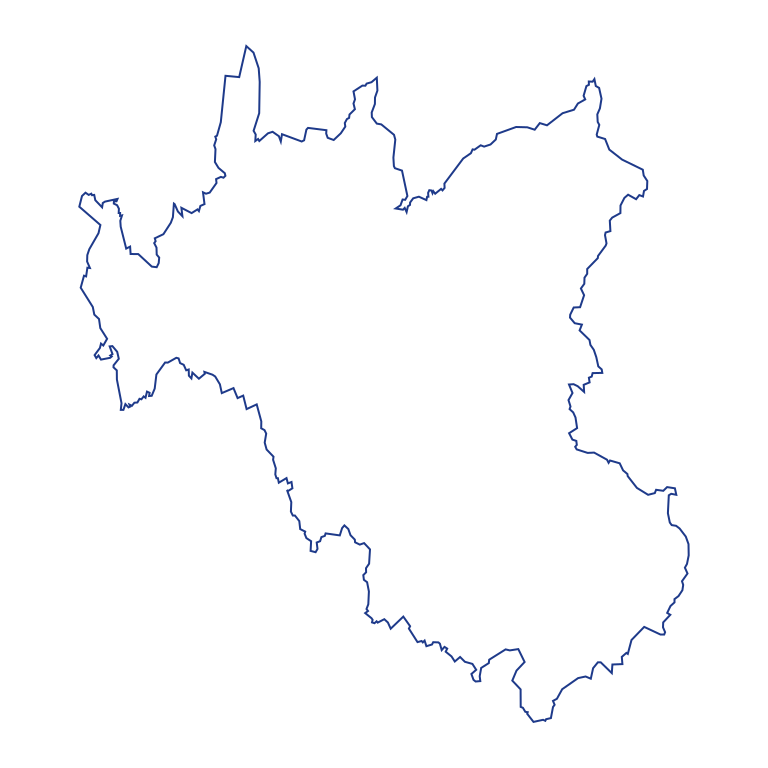 Zacatlán, Puebla, Mexico
{"feature_id": "50627088B88871832533986", "entity_name": "Zacatlán", "entity_type": "district", "adm_level": 2, "iso_a3": "MEX", "parent_name": "Mexico", "parent_adm1": "Puebla", "projection": "equal_earth", "projection_center": [-98.008, 19.961], "detail": "fine", "context": "isolated", "style": "outline", "palette": "blue", "viewbox_px": 768, "rotation_deg": 0, "n_neighbors": 0, "source": "geoboundaries", "source_scale": "gbopen_adm2", "svg_char_len": 6065}
<svg xmlns="http://www.w3.org/2000/svg" viewBox="0 0 768 768"><path d="M94.6,355.1L96.3,358.1L98.5,355.5L101.0,359.6L110.2,357.8L111.7,356.5L110.3,355.5L112.5,354.1L109.7,346.4L112.4,346.1L117.2,351.8L118.8,358.8L113.6,365.3L113.5,367.3L116.8,370.4L116.9,379.5L121.5,403.2L120.8,409.9L123.4,409.9L125.4,404.1L128.5,407.4L130.2,406.6L129.5,404.6L131.9,405.8L134.4,402.7L137.4,402.5L139.5,398.8L141.4,399.3L143.7,396.4L145.5,397.8L147.0,391.6L149.6,392.8L149.1,396.0L151.7,395.8L154.7,388.6L156.4,374.5L165.1,362.5L167.8,362.6L176.3,357.8L178.6,358.4L180.1,363.1L183.7,364.8L186.2,370.3L188.7,369.5L188.9,375.7L191.4,378.4L192.4,372.6L198.9,378.7L204.8,373.8L204.4,371.9L212.5,374.7L215.2,376.5L219.9,384.3L221.8,393.1L233.5,388.1L237.6,398.1L243.2,395.6L246.6,409.1L256.7,404.4L261.3,421.4L261.2,428.3L264.5,430.1L266.2,433.6L264.7,442.6L266.6,449.5L273.5,456.7L273.1,459.8L275.8,468.3L275.3,474.4L276.5,478.2L277.9,478.2L278.8,482.7L286.5,478.1L287.9,483.4L291.5,482.0L292.4,488.3L288.1,491.0L287.0,490.0L291.3,502.1L290.9,511.6L292.8,515.5L294.9,515.5L299.3,521.1L300.2,529.1L305.2,531.6L304.6,533.7L306.4,538.1L311.1,541.2L310.6,550.9L315.6,552.2L317.5,548.9L316.7,542.5L320.1,541.2L321.4,537.1L324.8,535.9L325.6,533.4L339.8,535.4L342.1,528.1L344.4,525.4L348.3,529.0L350.5,535.2L354.8,539.6L355.1,542.3L359.8,544.6L364.1,543.1L370.0,549.4L369.1,563.7L366.0,568.2L366.1,572.3L363.3,575.1L363.9,579.8L367.1,582.2L368.9,591.5L368.3,604.3L366.5,609.0L368.0,611.0L365.2,613.1L371.5,618.2L372.6,619.8L372.0,622.4L374.5,623.2L376.6,621.3L377.7,622.6L384.3,619.2L387.9,622.5L390.7,628.7L403.3,616.6L410.1,626.2L408.9,628.6L417.5,642.1L421.6,641.0L422.8,642.4L424.6,640.6L426.4,646.2L432.0,644.5L433.2,642.2L438.4,642.4L439.9,643.7L441.7,650.1L444.5,646.9L447.2,648.6L445.7,651.7L451.5,656.4L454.8,661.5L460.1,657.0L464.9,661.8L472.4,663.9L476.2,669.8L471.4,674.0L473.5,679.8L475.6,681.5L480.3,681.1L479.7,676.2L481.2,667.9L488.8,663.1L489.2,659.7L505.6,649.4L509.8,650.4L518.3,649.1L524.6,662.0L516.5,670.6L512.3,680.6L520.6,689.4L520.7,706.9L522.9,707.8L525.3,711.8L527.7,712.2L527.2,713.8L533.5,721.9L543.1,719.8L545.3,720.8L546.1,719.2L550.9,718.1L553.0,707.0L554.6,704.8L553.0,700.9L556.9,698.8L562.2,689.2L578.1,678.1L585.6,676.5L590.8,678.7L593.1,668.2L597.9,662.3L600.7,662.3L611.8,673.1L612.4,664.5L622.4,664.1L621.8,656.9L626.4,652.9L627.8,653.9L631.5,640.0L644.2,626.9L660.4,634.5L664.2,634.5L665.1,632.2L663.0,627.3L663.2,622.4L670.3,614.8L667.2,612.9L670.5,606.0L674.5,602.4L674.5,599.1L678.5,596.1L682.4,590.2L683.2,584.9L682.0,581.2L687.5,573.5L684.9,567.7L687.0,563.9L688.7,555.4L688.5,544.1L685.8,536.6L679.6,528.5L676.1,525.8L671.7,525.1L669.8,522.5L667.9,513.2L668.8,495.3L671.2,493.8L676.3,494.8L674.9,488.3L667.1,487.1L663.3,490.8L656.1,489.8L654.8,493.1L648.1,494.8L636.9,487.9L627.7,476.1L627.4,474.0L623.1,470.4L619.7,463.3L610.0,460.5L608.6,462.8L607.0,459.7L594.1,452.6L587.6,452.9L576.7,449.4L575.2,446.8L576.8,444.9L576.3,440.9L572.4,439.6L569.1,433.2L577.1,428.1L575.5,417.5L573.2,412.4L569.6,409.1L570.5,406.5L568.5,400.1L572.5,393.0L569.0,384.5L573.6,384.2L577.7,386.2L584.1,391.9L583.7,384.8L589.6,382.4L588.9,377.7L591.7,376.6L592.6,373.1L602.3,372.9L601.7,369.4L598.3,366.4L596.3,357.2L593.8,349.8L590.4,344.9L589.5,340.0L579.6,330.4L581.9,324.6L574.7,323.2L570.0,317.6L570.2,314.7L573.7,307.5L580.1,307.2L584.1,295.2L580.9,288.5L584.3,283.8L584.5,277.7L587.2,273.8L587.2,269.0L597.8,258.1L598.0,256.0L605.7,245.6L606.5,243.4L605.0,235.1L605.6,232.5L610.4,231.1L609.8,220.6L612.2,217.6L620.4,213.1L620.5,205.5L624.4,197.9L628.1,194.7L636.1,199.2L639.3,195.1L643.0,196.5L644.0,190.9L647.0,189.0L647.3,181.0L643.7,175.5L642.8,169.7L622.1,159.6L609.3,149.6L605.1,139.0L597.3,136.6L596.7,134.6L599.3,124.9L597.7,121.9L597.3,114.4L599.9,108.4L601.5,98.7L599.1,87.9L595.8,86.0L594.4,79.1L592.6,81.7L588.8,81.5L588.9,84.8L586.4,86.1L583.6,95.8L585.2,99.4L577.9,103.5L574.0,109.7L562.6,113.2L547.0,125.3L539.8,123.1L534.7,129.7L527.3,127.3L516.1,127.0L497.0,133.9L495.8,139.5L490.5,144.5L484.1,146.6L480.7,145.3L474.5,149.7L472.6,149.4L470.9,153.2L463.2,158.5L444.4,183.6L444.6,187.9L442.5,190.4L441.1,188.9L435.2,193.7L433.3,191.2L432.5,193.2L431.5,190.5L429.3,190.2L428.1,192.9L428.4,196.7L427.1,196.8L426.4,200.1L418.9,196.7L413.2,198.3L410.1,202.5L410.0,204.9L407.9,206.3L406.6,212.1L404.7,207.9L403.0,209.7L395.7,208.5L400.5,205.3L402.6,199.5L405.2,199.8L407.4,196.0L402.0,170.6L394.9,168.2L393.9,166.1L393.4,157.6L395.3,139.6L394.0,134.8L381.3,124.4L376.8,123.6L371.9,117.1L371.7,112.5L374.9,104.0L375.0,97.5L377.4,90.6L376.8,77.7L371.5,82.2L366.6,83.6L365.4,85.7L362.4,85.6L353.5,91.4L355.0,99.3L353.5,103.5L354.9,109.2L349.5,114.5L349.1,117.9L346.9,119.1L344.8,123.0L345.3,126.6L340.8,133.3L333.7,140.0L327.7,137.8L326.2,133.6L326.4,130.2L308.0,127.9L306.4,129.6L304.1,140.3L301.7,141.5L282.0,134.2L280.8,141.5L278.9,136.2L272.6,131.8L268.0,133.3L259.3,141.0L258.1,139.0L255.3,141.0L255.7,134.5L253.6,130.8L259.2,113.2L259.7,81.9L258.7,68.3L253.5,52.6L246.3,46.1L239.2,77.1L225.5,75.8L220.8,122.2L217.0,135.7L215.3,136.6L216.2,139.3L214.2,145.4L215.5,149.1L214.9,162.0L218.5,167.9L224.8,173.2L225.4,175.8L223.5,177.7L220.9,176.9L216.1,179.1L216.5,183.0L209.7,192.6L206.0,193.7L203.0,192.3L204.5,204.1L200.4,205.9L198.9,211.1L197.5,209.4L191.6,213.1L181.4,207.8L182.4,216.2L177.9,211.5L174.6,204.1L173.9,203.6L172.9,217.2L170.8,222.8L163.4,234.2L154.8,238.3L155.6,241.2L154.2,243.1L156.5,247.6L156.7,254.6L159.2,257.6L158.7,263.1L156.7,267.2L151.8,266.6L138.3,254.1L130.6,254.0L130.1,246.6L126.2,248.6L120.7,226.7L120.3,220.8L122.0,215.4L120.1,215.9L120.1,213.0L118.7,213.0L118.9,208.7L117.1,205.2L113.8,203.6L113.9,201.4L116.5,201.3L117.5,198.9L105.0,201.6L102.8,203.0L102.1,207.3L95.3,200.2L94.2,194.9L92.0,195.2L91.3,193.7L88.7,194.9L85.5,192.7L82.0,196.0L79.3,206.7L100.4,225.0L98.5,233.2L89.3,249.2L87.3,255.1L87.1,261.5L89.9,268.0L87.4,267.7L86.1,276.4L84.0,275.7L80.7,287.7L92.8,307.0L94.3,314.6L99.0,319.0L100.3,328.1L107.1,338.8L103.3,345.5L101.0,343.6L99.9,348.0L94.6,355.1Z" fill="none" stroke="#1e3a8a" stroke-width="2"/></svg>